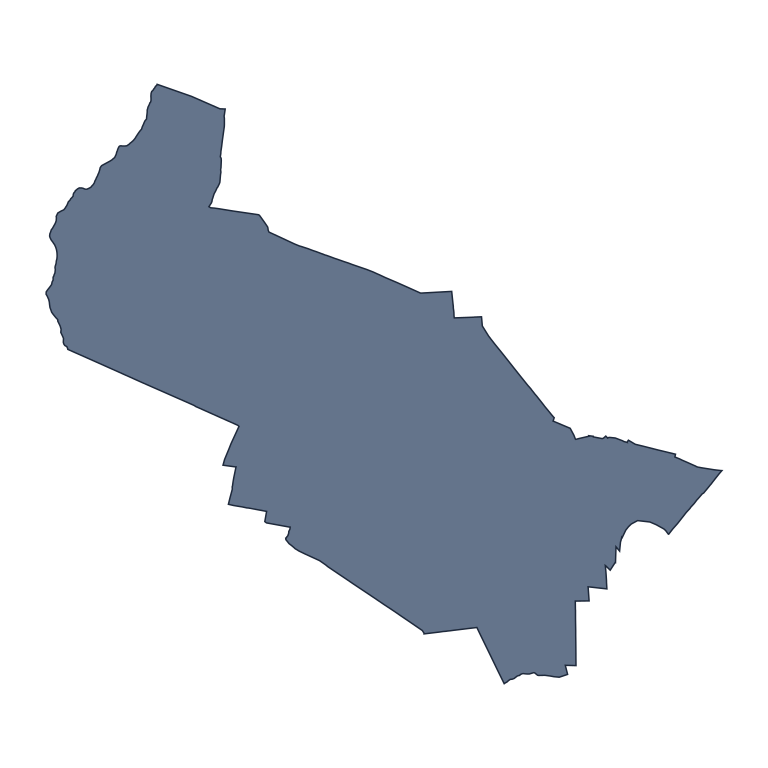 outline of Aljojuca, Puebla, Mexico
{"feature_id": "50627088B67825274215435", "entity_name": "Aljojuca", "entity_type": "district", "adm_level": 2, "iso_a3": "MEX", "parent_name": "Mexico", "parent_adm1": "Puebla", "projection": "robinson", "projection_center": [-97.52, 19.106], "detail": "fine", "context": "isolated", "style": "filled", "palette": "slate", "viewbox_px": 768, "rotation_deg": 0, "n_neighbors": 0, "source": "geoboundaries", "source_scale": "gbopen_adm2", "svg_char_len": 6012}
<svg xmlns="http://www.w3.org/2000/svg" viewBox="0 0 768 768"><path d="M554.2,417.7L553.3,416.8L551.3,414.4L548.7,411.2L544.4,406.0L543.7,405.0L538.4,398.3L536.6,396.0L535.0,394.2L533.7,392.5L531.7,390.0L531.1,389.1L529.2,386.9L528.0,385.6L519.8,375.4L514.4,368.6L502.2,353.2L494.9,344.2L490.6,338.7L490.2,338.1L488.7,336.2L486.7,333.0L482.4,326.1L482.3,325.7L481.7,318.7L481.5,316.8L474.2,317.1L473.7,317.2L454.3,317.9L454.1,316.7L454.0,315.6L453.9,312.5L453.7,310.5L453.4,308.6L453.3,307.6L453.3,306.3L453.0,303.9L451.7,291.4L420.9,293.1L420.1,292.9L407.9,287.4L400.5,284.1L397.6,282.8L385.4,277.6L379.0,274.6L378.5,274.4L377.1,273.8L373.2,272.0L369.6,270.6L366.8,269.5L352.5,264.6L348.3,263.0L345.2,262.0L344.0,261.6L337.2,259.2L334.7,258.4L330.2,256.7L326.3,255.3L325.8,255.2L325.1,255.0L316.4,251.7L312.8,250.5L308.1,248.7L300.4,246.2L300.0,246.2L294.6,244.0L279.4,236.9L269.0,232.1L268.2,230.3L267.9,227.9L267.6,226.9L264.9,222.9L259.9,215.9L259.2,215.1L258.4,214.7L232.3,210.9L218.1,208.6L214.4,208.1L210.7,207.8L208.9,206.7L211.4,202.9L211.9,201.6L212.0,201.2L212.1,200.4L212.3,199.3L212.8,198.0L213.4,196.0L214.2,193.6L215.4,191.5L216.3,189.6L216.7,188.6L217.0,188.0L217.4,187.5L217.8,187.0L218.0,186.5L219.0,184.5L219.8,182.6L220.0,181.0L220.5,174.8L220.9,172.3L220.8,170.9L220.6,169.9L221.0,167.6L221.1,165.0L221.2,163.0L221.3,160.5L221.2,158.8L221.1,158.2L220.3,156.8L220.8,153.7L220.9,151.5L221.6,146.8L222.3,141.0L223.9,129.4L224.3,126.6L224.4,124.6L224.4,123.2L224.4,122.3L224.4,118.5L224.1,116.0L224.4,114.6L225.2,109.0L219.9,108.8L191.6,96.4L157.1,84.3L156.7,85.4L155.5,86.3L154.7,87.9L153.9,88.8L152.9,90.4L151.7,91.5L151.1,93.3L150.9,96.1L151.0,98.0L151.0,100.6L150.5,102.3L149.9,102.8L149.3,104.5L148.0,107.1L147.7,108.5L147.2,110.0L147.2,112.1L147.0,114.1L146.7,116.5L146.5,119.1L145.1,120.6L144.2,122.4L143.5,124.2L142.2,127.0L141.6,129.1L140.1,130.8L139.0,132.3L137.9,133.9L136.0,136.8L135.2,138.2L134.0,139.7L132.9,140.9L131.2,142.4L130.2,143.1L129.4,144.0L126.8,145.8L125.0,146.0L122.3,146.0L120.9,145.8L119.8,146.0L119.1,146.5L118.2,148.2L117.6,149.7L117.3,150.9L116.7,152.1L116.2,154.3L114.6,157.6L113.3,158.6L111.9,159.9L109.8,161.2L102.4,165.2L101.6,165.7L100.7,166.9L100.1,167.9L99.9,169.1L99.5,170.6L98.8,172.8L98.1,174.2L97.3,176.3L96.6,177.4L95.8,179.4L95.0,180.8L94.2,183.1L93.1,184.7L92.0,185.8L91.0,187.1L89.5,188.0L86.9,189.2L85.6,189.2L84.7,189.0L82.9,188.2L81.0,187.9L80.2,188.0L79.2,187.9L79.0,188.1L77.5,188.9L76.5,189.8L75.3,190.7L75.1,191.5L73.8,193.0L73.3,194.2L73.2,195.3L73.0,196.3L71.9,197.6L70.7,198.8L69.9,200.3L68.4,201.7L67.1,204.9L66.5,206.0L65.9,206.8L65.3,207.9L63.9,209.7L63.4,210.0L61.0,211.1L57.8,213.0L56.2,216.4L56.4,217.9L56.2,220.7L55.6,222.5L54.9,224.0L53.7,226.1L52.5,228.3L51.3,229.8L50.5,232.3L49.9,233.7L49.6,236.0L50.0,237.5L50.9,239.4L51.4,240.3L52.2,241.3L53.1,242.5L53.7,243.6L54.5,244.5L55.1,245.9L55.7,247.2L56.4,249.4L56.8,251.4L57.0,252.9L57.1,255.1L57.1,256.4L56.9,258.8L56.3,261.0L56.1,263.3L55.4,265.7L55.2,266.1L55.0,267.8L55.3,269.4L55.0,272.3L54.9,273.0L54.1,274.8L53.8,276.0L53.1,277.2L53.1,280.1L52.1,282.0L51.6,284.5L50.5,286.1L49.2,287.8L47.7,289.7L46.2,291.9L46.1,294.3L47.0,295.7L48.7,299.5L49.3,302.0L49.6,304.9L50.0,307.6L50.8,309.7L51.6,312.1L52.9,314.0L55.0,316.6L55.9,317.7L57.7,319.6L57.8,321.2L60.1,325.9L61.1,329.3L60.8,332.4L62.4,335.8L63.5,338.4L63.3,342.3L63.8,344.0L64.8,345.5L66.8,346.6L67.8,348.9L67.8,349.4L107.2,366.9L139.1,381.2L142.0,382.5L165.9,393.0L194.0,405.4L196.2,406.8L196.8,407.0L237.8,425.3L239.0,426.4L238.0,428.5L231.0,443.7L229.2,448.3L224.6,459.4L223.0,465.2L235.4,466.9L236.0,466.9L233.7,478.1L233.1,481.6L232.5,485.9L232.2,486.8L232.3,489.2L229.9,498.2L228.4,504.3L233.6,505.5L239.6,506.5L242.2,506.9L246.8,507.9L248.4,508.0L266.6,511.4L264.8,521.6L266.5,522.9L289.0,527.0L290.2,527.1L290.0,528.8L289.6,529.9L288.8,531.4L288.7,532.9L288.5,533.9L288.1,534.7L288.0,535.4L287.7,535.9L286.8,536.9L286.4,537.7L286.2,537.9L285.7,538.1L285.9,539.7L287.7,541.9L289.0,543.6L291.5,545.5L294.0,547.6L295.1,548.7L297.2,549.9L298.7,550.9L305.5,554.2L314.5,558.3L319.5,560.6L325.7,564.9L327.7,566.6L338.8,574.1L346.7,579.4L352.7,583.5L373.2,597.2L384.4,604.8L393.2,610.6L400.9,615.9L422.3,630.5L424.0,633.1L424.0,633.9L439.8,632.0L443.1,631.5L445.8,631.3L447.8,631.0L449.9,630.8L455.1,630.1L455.3,630.1L466.8,628.7L476.9,627.5L478.5,630.9L481.1,636.3L490.9,656.4L497.7,670.5L504.2,683.7L505.3,682.9L507.0,682.0L508.5,680.6L510.2,679.4L512.2,679.2L514.1,678.5L515.9,677.1L517.3,676.0L518.2,675.7L519.7,675.4L520.4,674.5L522.3,673.7L523.6,673.6L524.9,673.8L527.5,674.0L529.3,674.0L531.3,673.4L533.5,672.7L534.1,672.7L534.7,672.9L537.5,675.2L539.0,675.5L539.8,675.4L541.0,675.4L544.9,675.3L550.1,676.0L553.9,676.7L559.3,677.2L567.6,674.4L565.3,665.3L576.0,665.6L575.9,657.6L575.9,654.0L575.8,642.4L575.7,635.5L575.7,630.7L575.5,618.3L575.5,612.9L575.5,610.3L575.4,609.3L575.3,601.1L589.1,600.9L588.1,586.8L606.9,588.9L606.5,582.3L606.5,582.1L606.5,580.9L606.1,574.5L605.8,570.6L605.3,565.5L605.8,565.9L610.2,570.2L615.2,562.5L615.5,562.6L616.0,546.8L619.6,551.1L620.5,542.0L621.0,540.4L621.8,537.1L622.2,537.6L625.8,530.1L628.5,526.7L631.3,524.0L637.6,520.6L649.9,522.0L656.2,524.7L663.8,528.9L664.7,529.7L665.6,530.5L668.3,534.1L668.7,534.2L672.9,528.8L677.6,523.5L686.3,512.4L690.0,508.4L690.6,507.4L694.1,503.6L697.0,499.8L697.9,498.9L702.2,493.9L703.0,493.4L703.7,493.0L704.9,491.5L707.1,488.9L710.5,484.7L711.1,484.1L712.5,482.2L718.8,474.2L721.9,470.6L720.4,470.5L714.4,469.8L701.7,467.8L698.6,467.2L698.1,467.2L696.1,466.5L695.9,466.2L694.0,465.4L687.3,462.4L682.0,460.1L679.6,458.9L674.9,457.0L675.5,454.2L659.4,450.3L658.9,450.2L643.2,446.2L635.3,444.3L628.4,440.2L627.4,441.7L626.9,442.2L627.0,442.4L623.5,441.4L622.9,440.9L615.3,438.0L609.6,437.4L608.3,437.6L607.7,438.1L605.8,436.1L603.4,438.2L602.2,438.6L593.3,436.9L593.3,436.3L588.9,435.7L589.1,436.2L579.0,438.5L575.8,439.4L575.4,439.1L573.9,435.2L570.2,428.3L553.1,421.1L554.2,417.7Z" fill="#64748b" stroke="#1e293b" stroke-width="1.5"/></svg>